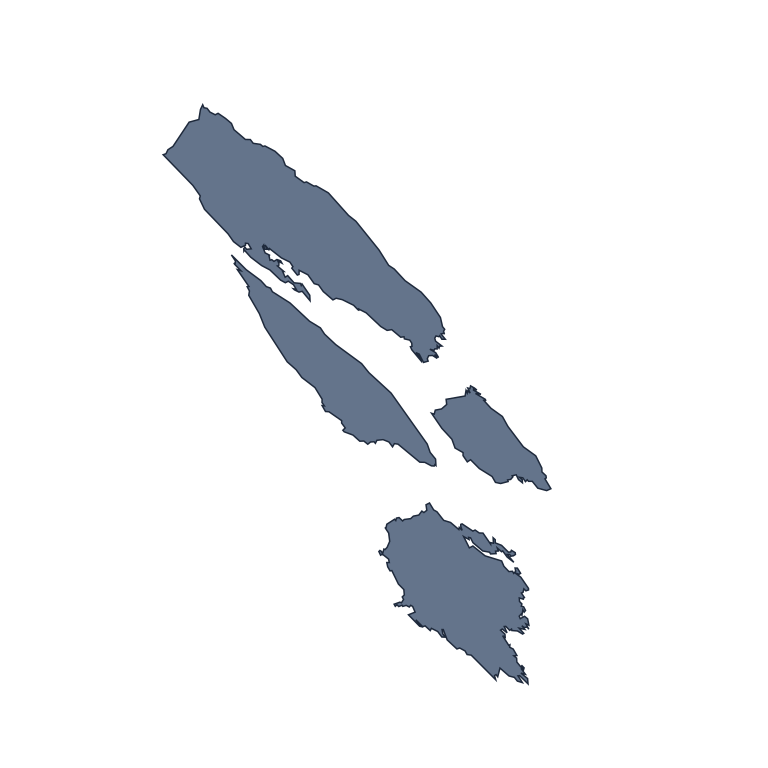 Nesna nor, Nordland, Norway, rotated 241°
{"feature_id": "86288312B50581402621032", "entity_name": "Nesna nor", "entity_type": "district", "adm_level": 2, "iso_a3": "NOR", "parent_name": "Norway", "parent_adm1": "Nordland", "projection": "robinson", "projection_center": [12.999, 66.233], "detail": "fine", "context": "isolated", "style": "filled", "palette": "slate", "viewbox_px": 768, "rotation_deg": 241, "n_neighbors": 0, "source": "geoboundaries", "source_scale": "gbopen_adm2", "svg_char_len": 6142}
<svg xmlns="http://www.w3.org/2000/svg" viewBox="0 0 768 768"><g transform="rotate(241 384 384)"><path d="M716.1,360.8L713.1,356.6L705.1,350.3L707.5,340.5L694.1,314.6L693.7,308.7L691.1,305.0L691.6,302.0L650.4,313.1L637.6,314.5L635.4,312.4L623.8,311.7L591.0,320.4L581.5,321.4L572.9,325.1L572.5,330.1L574.3,331.1L572.7,333.3L566.6,333.4L568.4,329.1L571.1,328.7L570.3,326.9L568.2,325.9L568.7,326.8L559.5,328.9L546.9,334.4L539.1,339.5L525.0,343.9L520.4,346.8L520.3,350.1L514.7,353.0L509.3,353.1L511.2,350.9L509.8,351.3L505.6,354.2L504.7,357.4L492.7,359.7L497.6,362.1L511.1,360.8L510.3,359.4L512.4,359.8L516.1,354.4L525.5,352.3L525.3,349.3L531.5,349.9L530.9,351.0L538.9,348.0L538.6,349.4L540.4,350.6L543.1,350.8L539.2,353.3L541.9,353.3L544.8,350.7L544.6,347.2L547.2,346.1L547.5,344.3L552.3,345.7L551.7,346.7L556.3,343.6L563.1,344.4L563.9,346.2L559.8,344.8L558.5,347.0L563.3,347.3L557.2,348.4L558.0,349.5L544.0,355.4L536.2,360.8L530.8,361.2L530.0,359.5L521.3,361.0L521.0,362.8L524.6,364.9L516.4,370.4L505.6,371.6L502.4,374.8L494.3,375.7L482.3,380.1L482.2,383.7L478.0,388.4L467.6,395.6L461.6,397.2L460.2,398.1L462.8,397.6L454.9,402.9L435.9,409.0L429.4,412.7L427.8,417.1L416.8,421.3L415.6,424.4L413.6,423.7L409.9,427.8L406.3,428.1L403.4,426.7L403.8,425.2L400.4,424.9L385.8,427.7L387.7,428.7L396.0,427.1L393.1,429.3L383.7,429.0L382.6,433.7L385.1,434.1L387.1,436.8L385.4,440.3L380.6,442.9L385.2,442.5L380.7,444.6L386.3,444.4L392.2,441.0L389.2,444.1L390.1,445.6L388.9,447.5L391.7,449.1L388.7,449.5L390.1,451.0L389.1,453.1L396.4,449.9L399.5,450.6L400.8,452.8L398.7,455.0L399.2,456.1L395.1,456.3L393.4,459.3L400.1,458.2L399.6,460.7L398.2,461.0L401.3,461.7L402.4,463.6L405.8,463.0L414.8,465.6L432.3,464.2L446.4,461.0L464.2,452.5L479.6,448.7L485.5,445.6L503.7,444.6L540.0,438.3L548.6,434.7L578.1,428.0L590.2,420.7L591.1,418.6L598.3,414.2L598.9,411.7L608.8,407.1L613.7,409.4L622.9,403.7L630.4,404.8L640.4,401.5L649.9,395.3L650.5,393.2L653.5,392.1L657.9,386.3L662.6,385.6L665.1,381.3L679.1,376.1L685.9,376.9L693.2,374.1L701.2,370.1L701.3,366.9L706.2,363.6L710.9,362.9L712.9,360.5L716.1,360.8ZM186.5,286.1L184.1,286.1L184.6,288.3L182.2,289.0L181.8,292.5L180.4,292.6L179.6,296.1L176.7,298.0L177.5,300.1L175.5,301.2L169.4,300.6L170.3,293.5L154.9,297.7L153.6,299.1L162.4,297.5L153.0,300.2L152.5,302.7L145.9,304.9L147.3,307.0L141.5,311.0L134.7,311.9L132.9,314.8L136.9,314.3L141.1,315.7L140.5,316.8L129.5,315.2L116.9,319.3L116.4,322.2L111.2,325.5L107.1,325.5L104.6,328.8L71.2,338.3L75.4,339.3L75.5,341.1L72.8,341.5L79.3,347.7L68.0,351.8L64.2,355.8L59.5,356.6L55.7,360.3L63.8,359.7L63.2,361.2L51.9,364.6L56.8,366.8L64.8,363.6L61.6,366.9L68.3,366.0L69.1,367.1L66.4,367.5L67.8,368.9L70.8,368.1L70.4,366.5L76.4,365.4L79.9,367.1L83.3,365.8L82.1,368.6L89.6,368.5L92.8,366.3L94.9,367.7L94.9,366.4L106.4,365.7L103.7,367.2L106.6,368.5L112.2,366.6L112.4,368.6L106.7,371.0L113.6,371.6L113.0,373.0L107.6,374.5L107.8,376.7L106.4,376.3L103.3,381.0L98.1,384.0L98.2,385.4L104.9,383.8L101.1,388.2L105.8,387.4L103.1,388.5L102.0,391.4L99.3,391.8L105.4,391.8L102.8,393.8L109.0,395.8L112.7,394.3L112.7,389.4L115.4,389.7L116.3,392.5L114.9,392.5L119.2,396.0L116.5,396.0L117.3,398.0L121.4,398.1L123.1,396.4L124.8,398.0L128.1,397.1L131.3,398.6L127.8,401.9L129.1,401.5L129.2,403.3L134.6,402.8L134.4,404.6L137.0,407.0L134.3,407.8L133.8,410.6L135.2,411.3L148.7,410.0L155.3,407.0L152.1,409.9L152.2,411.7L158.3,411.4L159.5,409.4L156.4,408.4L155.5,405.6L157.9,405.6L159.4,402.3L166.4,400.5L172.2,401.1L184.7,389.1L199.2,383.2L199.3,379.2L211.9,379.7L206.7,383.0L208.8,383.7L207.5,385.1L202.1,384.9L190.1,389.4L185.7,394.8L183.7,394.8L181.3,399.8L183.7,400.5L182.5,403.0L185.6,403.6L180.3,405.5L180.4,406.9L173.0,407.8L165.1,411.1L175.1,409.2L173.9,411.3L171.9,411.4L171.0,413.9L171.2,416.3L172.9,417.0L176.8,414.8L175.7,413.4L176.6,411.3L185.9,408.6L191.1,404.3L193.9,405.8L196.6,404.9L191.7,402.5L193.6,400.3L192.2,399.6L205.6,398.3L207.5,395.1L212.1,392.9L212.3,390.4L223.8,384.5L224.0,383.1L222.3,382.1L218.1,381.4L222.1,380.3L220.4,378.9L230.6,375.1L235.8,370.1L246.5,368.4L249.8,366.4L257.9,366.1L258.0,362.2L252.8,360.2L252.2,356.6L254.5,355.5L252.5,350.9L254.2,345.6L253.3,342.1L255.7,336.0L255.2,333.9L259.9,332.4L260.7,329.9L258.9,328.1L260.6,327.7L260.0,318.5L257.0,315.8L258.1,315.3L251.3,315.8L243.6,312.7L239.6,307.5L238.7,304.7L239.7,303.9L236.1,300.4L238.8,300.6L240.4,299.7L240.0,298.3L235.9,298.0L236.0,300.1L228.7,303.1L225.3,302.1L226.5,299.9L222.3,298.6L217.6,298.7L217.0,300.4L202.0,299.6L194.6,301.7L189.7,299.5L188.9,296.7L186.1,296.7L184.2,293.2L185.5,292.1L186.5,286.1ZM491.6,307.3L450.3,310.1L439.0,314.1L429.5,315.3L414.3,321.9L400.7,322.5L397.9,320.8L393.8,321.2L395.1,319.4L388.3,319.5L386.4,322.4L372.5,329.2L370.4,328.0L364.4,328.8L363.5,325.6L361.5,326.0L354.4,332.1L345.7,335.1L343.9,338.7L339.2,340.6L339.8,344.1L338.3,347.3L336.3,347.7L338.2,350.5L335.8,356.2L330.9,360.2L324.9,361.0L326.8,364.2L324.6,367.1L298.3,377.4L295.7,381.7L289.4,385.8L287.9,388.2L288.8,389.4L287.5,389.9L293.3,392.7L301.8,391.2L310.5,392.7L372.6,385.8L401.2,376.3L412.7,374.3L441.8,360.9L456.4,356.2L463.9,355.6L475.0,349.3L500.4,341.1L518.8,331.1L522.9,331.2L526.2,328.3L534.2,326.4L550.8,318.9L570.9,313.1L563.6,313.7L561.3,312.1L562.6,311.4L561.2,311.4L552.5,313.7L555.1,311.2L534.8,313.1L535.4,311.5L530.6,311.4L527.1,308.7L506.0,309.1L491.6,307.3ZM335.3,411.4L317.2,413.1L302.7,416.6L293.5,415.1L285.7,419.9L283.0,418.4L275.5,419.1L275.8,423.0L263.8,426.4L250.7,433.7L243.9,433.8L240.4,437.8L238.5,445.3L240.2,445.6L239.1,448.5L240.3,451.7L241.6,451.6L240.5,455.6L235.1,455.3L230.5,457.2L233.3,458.5L236.6,457.4L234.7,459.9L230.0,460.4L230.8,462.8L228.8,463.2L227.0,466.5L218.3,468.0L211.9,474.6L211.5,479.2L223.0,478.8L223.2,480.4L225.2,481.2L230.5,479.5L234.0,481.3L247.6,481.9L261.5,475.4L286.8,471.8L298.2,471.8L310.9,465.8L321.4,463.3L321.2,464.9L319.7,464.8L321.4,465.2L331.4,459.4L328.0,463.8L335.2,459.3L336.2,459.9L333.7,462.3L336.7,461.1L340.4,458.8L338.3,456.9L339.9,455.3L334.3,455.0L337.4,453.7L335.9,452.5L338.7,452.7L334.2,449.1L340.5,430.9L335.7,428.9L334.3,422.2L336.3,416.2L333.3,413.3L335.3,411.4Z" fill="#64748b" stroke="#1e293b" stroke-width="1.5"/></g></svg>